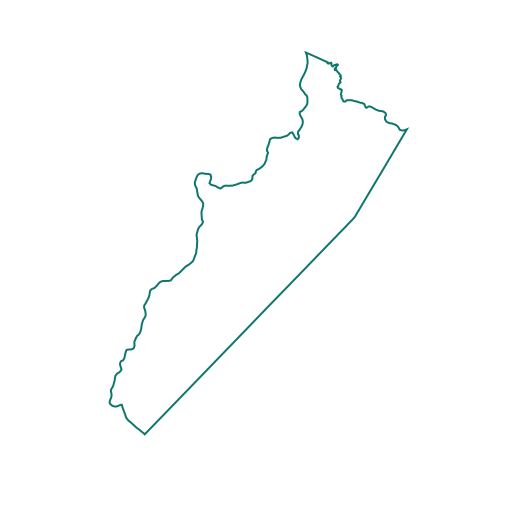 Guajará, Amazonas, Brazil (Mercator projection), rotated 294°
{"feature_id": "56859067B49673478876868", "entity_name": "Guajará", "entity_type": "district", "adm_level": 2, "iso_a3": "BRA", "parent_name": "Brazil", "parent_adm1": "Amazonas", "projection": "mercator", "projection_center": [-72.639, -7.252], "detail": "fine", "context": "isolated", "style": "outline", "palette": "teal", "viewbox_px": 512, "rotation_deg": 294, "n_neighbors": 0, "source": "geoboundaries", "source_scale": "gbopen_adm2", "svg_char_len": 4964}
<svg xmlns="http://www.w3.org/2000/svg" viewBox="0 0 512 512"><g transform="rotate(294 256 256)"><path d="M433.1,342.3L431.2,340.5L430.0,338.3L429.8,335.9L431.2,334.2L432.1,332.5L432.6,330.6L432.4,326.3L431.7,324.3L431.6,322.4L431.8,320.5L433.3,318.3L435.5,317.2L437.8,317.5L439.2,316.2L439.8,313.8L439.4,311.5L438.7,309.6L438.5,305.7L439.1,300.8L438.8,298.7L438.3,298.0L437.4,297.4L436.8,297.1L436.3,296.5L436.4,295.7L437.2,294.9L437.8,294.2L438.6,293.5L439.0,292.8L438.8,292.0L439.0,291.3L438.9,290.1L438.5,289.2L438.4,288.3L438.3,287.3L438.1,286.2L438.2,284.8L437.7,283.9L437.5,283.0L437.5,282.1L437.4,280.9L437.1,280.0L436.9,279.1L436.4,278.2L435.9,277.3L435.6,276.1L434.8,275.3L433.8,275.0L433.0,274.1L432.8,273.1L433.6,272.0L434.3,271.3L434.8,270.6L435.2,269.8L436.2,269.2L437.0,269.2L437.6,268.3L438.3,267.7L439.3,267.6L440.5,267.4L441.5,267.2L442.6,266.8L442.8,265.9L442.5,265.3L442.8,264.5L442.8,263.3L442.9,262.4L443.7,261.7L444.9,262.0L446.0,261.8L447.1,261.7L448.3,262.4L449.2,262.6L449.7,261.8L450.6,261.3L451.8,261.4L452.8,261.4L453.6,260.8L454.1,259.9L454.9,260.3L455.6,259.6L456.0,258.8L456.2,257.8L456.7,257.4L457.0,256.7L457.3,255.8L457.9,254.8L458.4,254.0L458.3,253.3L457.9,252.5L458.5,252.1L459.3,251.7L459.7,252.7L460.8,252.5L461.8,252.2L462.5,252.5L463.3,252.8L463.9,253.1L464.2,252.3L463.6,251.5L463.0,250.8L462.3,249.9L461.2,249.4L460.3,248.8L460.6,248.0L461.2,247.1L462.4,246.8L463.1,246.1L462.5,245.1L461.7,244.5L461.1,243.8L461.3,242.9L462.1,242.7L462.2,222.1L462.1,218.9L460.1,220.8L456.8,222.8L454.7,224.0L452.7,224.9L450.7,225.1L448.7,225.8L444.2,226.1L441.2,226.0L439.8,225.9L436.7,225.7L435.8,225.6L433.8,225.8L431.8,226.1L429.7,226.6L428.9,227.3L428.1,228.1L426.7,229.6L426.0,231.4L424.9,233.5L423.7,235.2L423.2,237.0L422.5,237.7L421.8,238.4L420.5,239.0L417.9,240.2L415.8,241.0L414.5,240.9L413.5,240.8L409.1,239.7L407.2,239.0L405.3,237.4L403.5,238.2L402.1,239.7L400.8,241.4L399.4,243.1L398.3,243.8L397.1,244.4L395.4,244.9L394.2,244.9L393.0,245.0L392.0,244.9L390.7,244.7L389.9,244.6L388.9,244.4L386.6,243.9L385.6,244.2L384.6,244.6L383.4,246.2L381.7,247.0L379.6,246.6L379.7,244.1L380.9,242.5L381.9,241.3L382.5,240.6L383.7,238.9L382.2,237.0L380.3,236.4L378.1,235.1L376.8,233.4L375.3,231.9L373.8,230.0L372.7,227.6L372.2,226.1L371.4,224.1L370.2,222.6L368.5,221.4L362.4,222.3L359.9,222.3L358.0,222.6L356.3,223.5L355.2,225.1L352.9,225.1L351.9,225.3L350.7,225.4L348.4,226.3L343.8,226.3L341.9,225.9L340.1,225.2L338.4,224.3L336.6,223.2L334.9,221.7L333.1,221.4L332.4,221.6L331.5,221.9L329.4,220.7L328.5,220.5L327.5,220.2L325.8,221.1L323.7,221.3L322.0,220.5L321.4,219.8L320.8,219.1L319.5,217.8L318.4,216.2L317.6,213.8L316.4,212.1L313.3,209.0L310.8,206.0L308.9,202.2L308.4,201.0L308.0,199.7L306.8,198.2L303.2,196.1L303.2,195.3L303.1,193.1L303.5,190.5L302.8,186.0L303.6,183.9L305.7,183.7L308.3,183.5L310.0,182.9L311.8,181.3L311.6,179.2L310.7,176.9L309.6,172.8L308.9,171.9L308.2,170.9L306.5,169.9L304.3,169.7L302.3,169.7L300.4,170.0L298.5,170.1L296.8,170.9L295.1,172.4L293.8,174.2L287.6,178.3L286.3,179.9L284.3,184.0L283.6,185.3L282.0,186.7L279.6,187.4L277.4,187.8L275.2,188.0L273.3,188.6L268.9,190.9L267.3,191.8L265.8,193.6L264.7,193.7L263.4,193.7L262.2,193.4L261.3,193.1L260.4,192.8L259.6,192.4L258.7,192.3L257.6,192.2L256.4,192.2L255.2,192.4L254.3,192.6L253.1,192.7L252.2,192.9L251.3,193.1L250.5,193.4L249.5,194.1L247.2,195.4L245.5,196.4L243.3,197.1L239.7,198.6L237.3,199.1L235.2,199.9L234.3,200.0L233.3,200.2L228.4,200.4L226.7,200.6L225.5,200.3L224.4,200.0L221.0,198.3L217.3,195.8L212.1,193.9L209.9,193.0L209.0,192.7L208.3,192.2L206.5,190.9L202.9,189.0L199.1,188.1L197.6,186.2L195.7,181.9L194.7,180.3L193.0,178.9L191.1,178.1L189.1,177.7L185.3,176.2L183.8,174.5L181.7,173.4L179.7,173.7L177.1,174.5L174.9,174.8L172.9,174.8L170.3,174.6L167.9,174.5L165.3,174.0L163.4,174.7L162.4,175.7L160.2,177.6L158.0,178.9L155.9,179.5L151.2,178.9L146.9,179.5L144.7,180.2L142.9,180.7L140.8,181.1L138.8,181.2L136.9,181.0L134.6,179.9L132.6,179.7L130.6,179.7L128.0,179.8L126.3,180.7L124.1,181.7L121.6,181.7L121.0,181.1L119.9,180.1L119.0,178.0L117.6,176.0L115.7,176.0L113.3,176.4L109.1,177.3L106.7,177.0L104.8,175.4L102.5,175.5L100.9,176.4L98.5,178.5L97.6,179.3L95.6,179.0L93.9,178.3L92.0,176.9L89.6,176.3L87.8,176.6L85.5,177.3L83.6,177.7L78.9,178.4L74.9,177.9L73.1,178.6L71.7,179.8L70.0,180.7L68.0,181.3L66.1,181.3L63.8,181.4L62.0,182.2L61.1,184.0L60.7,186.1L61.2,188.8L62.4,190.5L64.2,192.1L65.5,193.8L63.1,195.9L58.2,200.7L56.3,202.4L55.1,203.8L53.8,206.4L53.0,209.4L50.6,216.6L50.1,219.0L49.8,220.2L48.8,223.7L48.4,225.6L47.8,226.9L50.6,227.9L89.7,242.2L157.2,266.8L184.3,276.7L188.5,278.2L215.8,288.1L223.4,290.9L229.4,293.1L253.6,302.0L299.8,318.8L305.1,320.8L309.7,322.4L311.5,323.1L320.1,326.3L322.3,327.0L326.3,328.5L327.0,328.8L327.8,329.1L329.1,329.5L330.4,330.0L331.3,330.3L342.2,331.6L346.6,332.1L349.0,332.4L355.0,333.1L357.0,333.3L375.9,335.6L385.2,336.7L386.7,336.9L408.5,339.4L433.1,342.3Z" fill="none" stroke="#0f766e" stroke-width="2"/></g></svg>